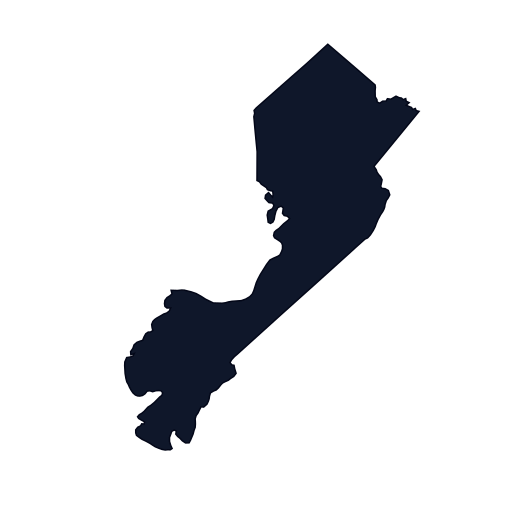 outline of Marapanim, Pará, Brazil, rotated 214°
{"feature_id": "56859067B57853854676619", "entity_name": "Marapanim", "entity_type": "district", "adm_level": 2, "iso_a3": "BRA", "parent_name": "Brazil", "parent_adm1": "Pará", "projection": "robinson", "projection_center": [-47.711, -0.8], "detail": "fine", "context": "isolated", "style": "filled", "palette": "ink", "viewbox_px": 512, "rotation_deg": 214, "n_neighbors": 0, "source": "geoboundaries", "source_scale": "gbopen_adm2", "svg_char_len": 3485}
<svg xmlns="http://www.w3.org/2000/svg" viewBox="0 0 512 512"><g transform="rotate(214 256 256)"><path d="M175.3,354.7L175.8,359.7L175.8,363.8L176.1,366.3L176.7,368.6L177.8,370.8L179.0,374.9L178.9,378.0L179.3,381.5L182.9,384.3L186.6,384.0L189.7,382.4L191.6,383.5L192.4,385.7L194.1,389.7L197.2,391.4L200.0,392.1L202.6,393.2L204.5,394.7L208.3,396.3L204.1,441.2L201.7,467.1L204.5,466.1L206.4,467.4L208.1,465.1L210.1,466.1L212.8,465.5L215.8,465.0L214.8,468.8L218.0,468.3L219.9,470.2L221.5,467.9L223.7,468.3L225.9,467.3L229.3,466.8L231.9,461.4L235.0,459.9L234.8,457.1L237.5,455.3L238.9,451.9L241.7,451.4L243.1,453.2L246.2,454.7L249.6,459.5L251.3,462.6L252.9,464.4L280.3,467.7L314.9,471.7L321.7,443.5L326.5,425.3L338.6,378.8L339.0,375.6L336.9,373.5L335.7,370.3L327.0,359.6L320.1,351.2L313.4,343.1L297.4,319.1L294.6,319.5L291.8,318.5L288.1,318.5L285.5,318.5L283.6,317.4L280.6,318.2L278.4,319.1L276.1,316.4L275.2,314.1L278.3,314.8L281.1,315.6L282.1,311.8L280.7,308.8L277.1,307.9L275.1,307.5L271.7,309.2L269.3,307.8L268.8,304.5L269.8,302.4L271.0,300.0L269.6,296.2L266.6,292.9L264.8,290.8L262.2,291.1L261.0,293.6L261.4,296.5L263.0,300.0L264.5,304.2L265.0,308.4L263.0,311.4L260.2,311.1L257.9,306.2L255.3,305.3L252.3,306.5L249.0,305.8L249.5,303.2L251.1,298.1L252.3,291.8L253.6,288.6L254.1,285.9L252.8,282.7L250.8,281.5L247.2,281.6L244.0,281.6L242.0,281.2L240.0,279.7L238.1,276.8L237.3,274.2L236.8,270.1L237.8,267.9L240.4,263.8L242.2,260.5L242.5,255.0L242.1,243.2L241.5,237.9L240.8,233.9L238.4,225.9L237.8,222.4L238.4,218.8L240.4,214.6L243.2,210.8L250.6,205.0L253.3,202.4L255.2,200.1L257.7,197.9L265.1,193.2L273.6,192.0L278.8,191.9L284.6,191.4L289.8,190.0L296.3,187.6L298.6,186.2L301.8,183.5L307.2,180.1L304.4,177.6L305.2,174.7L306.5,171.8L306.7,168.3L305.2,165.3L303.3,163.3L300.7,163.1L297.7,165.3L297.1,161.8L298.2,158.7L300.0,156.4L301.8,152.6L303.6,149.0L304.5,146.6L304.9,144.1L304.2,140.9L302.1,138.5L299.8,136.5L301.0,133.9L302.8,132.7L303.9,129.9L303.6,126.5L302.8,122.7L304.5,120.6L306.4,117.9L307.4,114.2L306.4,110.5L306.5,106.6L304.6,104.2L302.4,107.1L302.1,104.3L303.8,101.9L306.4,99.5L305.5,94.8L303.6,91.7L301.3,88.7L298.9,85.5L297.2,83.7L295.3,81.7L292.7,79.4L290.0,78.1L287.4,76.4L284.4,74.9L281.4,73.7L278.3,73.3L275.9,73.8L274.0,74.9L272.1,76.9L271.0,79.6L270.7,83.1L268.6,84.9L265.8,85.7L263.7,88.3L261.2,90.2L259.2,91.2L256.9,90.4L256.1,87.8L257.0,85.2L257.6,81.9L258.4,77.7L259.6,73.6L261.1,70.2L261.4,68.0L261.9,64.5L262.8,61.6L264.0,59.2L264.3,56.5L262.4,55.7L259.1,55.9L255.6,56.2L254.9,54.0L256.9,53.0L256.7,50.6L258.3,47.9L258.5,44.6L256.8,42.1L254.8,40.5L251.3,40.3L248.0,40.3L244.1,40.9L241.2,41.2L238.9,41.4L236.3,41.4L232.9,41.5L229.0,42.3L225.8,43.1L222.8,44.4L220.8,46.1L218.7,47.4L217.9,49.5L220.8,51.3L223.9,53.8L226.2,57.1L227.0,60.5L227.8,63.5L226.5,66.0L224.2,66.3L222.9,63.5L220.0,62.6L217.2,62.4L213.7,61.6L209.9,61.6L207.0,63.7L207.3,66.7L207.9,69.7L208.6,73.2L209.9,76.9L210.6,79.9L212.2,82.7L213.7,84.8L215.4,87.0L216.4,90.2L216.3,93.3L216.8,96.7L217.2,100.3L214.9,101.5L213.8,105.7L214.3,108.9L215.0,111.4L216.2,113.8L217.2,117.0L215.7,120.3L214.1,122.6L213.4,125.6L213.1,129.8L212.7,132.0L211.6,134.1L209.4,137.6L208.6,140.2L207.1,143.7L206.9,147.6L210.6,150.6L213.1,153.1L215.1,152.2L218.0,153.1L218.2,156.5L217.6,160.6L216.6,164.2L213.0,178.8L211.9,183.2L202.5,221.2L191.9,263.3L179.9,311.7L178.0,319.5L175.1,331.0L173.6,333.4L173.0,337.5L173.1,342.7L173.6,346.9L174.4,350.0L175.3,354.7Z" fill="#0f172a" stroke="#020617" stroke-width="1.5"/></g></svg>